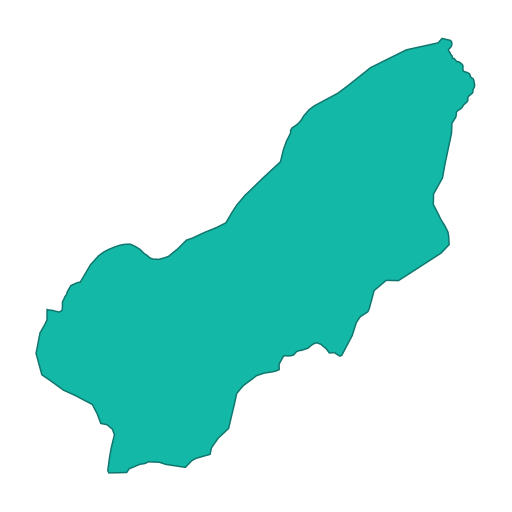 outline of Jabal Ash sharq, Dhamar, Yemen, rotated 89°
{"feature_id": "15242507B95425982092930", "entity_name": "Jabal Ash sharq", "entity_type": "district", "adm_level": 2, "iso_a3": "YEM", "parent_name": "Yemen", "parent_adm1": "Dhamar", "projection": "robinson", "projection_center": [43.902, 14.736], "detail": "fine", "context": "isolated", "style": "filled", "palette": "teal", "viewbox_px": 512, "rotation_deg": 89, "n_neighbors": 0, "source": "geoboundaries", "source_scale": "gbopen_adm2", "svg_char_len": 3697}
<svg xmlns="http://www.w3.org/2000/svg" viewBox="0 0 512 512"><g transform="rotate(89 256 256)"><path d="M248.0,62.7L239.6,63.0L235.3,63.7L228.6,66.9L223.0,70.4L216.5,73.4L207.6,77.8L197.1,77.4L181.3,68.2L168.1,65.6L166.1,65.2L161.9,64.2L136.9,58.4L126.6,57.8L125.8,57.2L124.1,56.1L123.1,55.4L122.7,55.2L121.0,54.0L118.3,53.2L117.2,53.3L115.3,53.0L114.1,51.5L112.9,49.5L111.7,47.9L110.2,46.7L108.9,46.2L107.6,44.6L106.7,43.6L105.6,42.3L104.2,41.5L102.2,41.4L100.9,41.4L99.6,40.2L98.5,38.7L97.7,37.8L96.6,36.5L95.2,36.3L93.3,36.1L91.2,34.8L89.5,34.4L87.4,34.6L86.1,34.9L84.3,35.1L82.3,36.0L81.6,37.5L80.0,38.6L78.2,39.0L77.3,39.6L75.9,42.4L75.4,44.3L74.4,45.7L72.7,45.9L70.4,45.7L68.9,45.9L67.5,47.0L66.2,48.6L65.3,50.0L65.2,51.8L62.0,54.4L61.8,56.1L61.0,56.2L59.9,56.3L59.4,56.4L57.4,58.1L56.2,58.3L54.0,60.0L52.9,59.9L51.7,58.7L50.0,57.2L48.6,56.6L46.5,56.5L44.9,56.8L43.7,58.2L41.7,66.2L46.0,70.1L46.2,70.8L52.5,102.1L60.1,118.1L69.9,138.6L72.8,142.2L79.0,150.3L82.1,154.3L83.5,156.2L86.3,159.8L87.5,161.4L94.7,171.4L106.9,195.1L110.9,200.6L116.9,205.9L121.0,208.5L123.6,210.7L125.8,213.4L128.6,217.8L130.9,219.2L133.6,219.2L140.5,222.9L141.1,223.3L149.0,226.3L149.3,226.4L150.1,226.7L162.2,229.9L169.9,238.5L177.6,247.1L186.3,256.4L191.1,261.5L195.2,266.0L195.4,266.1L195.9,266.6L196.1,266.8L203.8,273.5L204.5,274.2L205.0,274.5L212.4,279.5L219.0,283.5L222.3,285.5L226.6,294.4L231.4,306.7L232.7,309.6L233.5,311.5L237.0,319.3L238.9,325.2L247.4,334.0L249.4,336.6L250.8,338.4L254.8,343.4L256.3,347.8L257.6,352.9L257.4,358.7L256.1,362.0L253.6,364.8L251.4,368.0L247.4,371.8L244.4,376.5L242.0,381.3L242.0,383.1L242.0,386.1L242.3,388.9L242.9,392.1L244.8,397.9L246.9,403.2L248.0,405.5L249.7,408.7L253.1,413.4L256.4,416.5L261.7,421.5L264.3,423.1L266.7,424.6L269.0,426.0L273.4,428.7L274.7,429.5L274.9,429.6L277.1,431.0L278.4,431.8L279.0,432.1L279.2,433.0L279.3,434.4L281.6,440.1L282.6,441.9L285.5,443.5L288.3,445.2L291.3,446.2L293.4,447.8L295.5,448.7L297.2,449.6L298.1,450.1L299.0,450.4L299.9,450.4L301.0,450.4L302.0,450.4L303.4,450.4L305.5,450.6L306.6,450.9L307.0,451.2L307.5,451.6L308.1,452.5L308.3,453.4L308.4,453.6L308.5,454.7L308.0,456.1L307.6,458.2L307.0,459.4L306.9,460.4L306.6,461.9L306.4,464.3L305.9,465.8L306.0,465.8L309.0,465.9L312.0,466.0L316.2,466.1L320.4,468.1L328.8,473.1L329.1,473.3L331.6,473.8L334.2,474.4L342.1,476.0L349.5,477.6L371.0,472.2L374.4,467.4L377.3,463.4L386.0,451.8L386.7,451.0L387.6,449.1L393.0,437.8L396.5,431.6L401.6,422.2L411.1,417.5L420.7,414.1L422.1,407.8L426.8,402.5L432.3,400.7L445.8,404.2L454.5,405.9L467.9,407.9L470.3,406.9L470.3,404.3L470.3,401.7L470.3,401.4L470.2,389.1L466.4,386.4L465.5,383.8L462.3,375.9L461.5,370.6L459.9,367.1L460.5,356.4L462.8,349.7L466.1,330.3L459.7,324.0L457.7,320.4L457.3,319.6L456.1,315.2L454.7,310.0L453.9,306.8L453.5,305.4L453.0,305.3L448.8,304.3L447.0,303.9L442.6,300.7L440.4,299.1L437.4,296.9L430.2,288.9L427.9,286.4L414.5,283.0L404.2,280.3L393.1,277.7L390.5,275.4L389.8,274.9L388.1,273.4L385.6,271.1L385.2,270.7L384.1,269.2L381.0,264.9L379.6,262.8L375.7,257.7L373.2,249.7L372.0,241.0L371.6,239.2L371.4,238.4L370.0,234.8L368.5,234.8L364.8,234.8L364.5,234.8L356.5,230.2L356.2,228.3L356.5,225.8L356.3,222.8L355.6,220.1L354.8,219.4L352.3,217.1L351.1,213.6L351.3,212.8L350.6,210.4L349.2,206.0L349.2,205.7L348.8,205.3L347.8,204.2L345.0,200.4L344.2,198.1L343.8,196.8L345.4,192.7L345.5,192.5L350.1,187.3L354.2,184.4L354.0,179.4L357.6,173.9L356.8,172.0L337.2,161.2L328.3,158.2L324.2,156.8L318.6,152.9L315.9,148.6L314.0,145.6L313.9,145.5L313.7,145.2L311.3,144.0L309.1,143.2L307.8,142.9L303.4,141.6L302.1,141.2L299.6,140.5L292.6,138.5L282.6,126.2L283.1,114.0L256.4,71.0L248.0,62.7Z" fill="#14b8a6" stroke="#0f766e" stroke-width="1.5"/></g></svg>